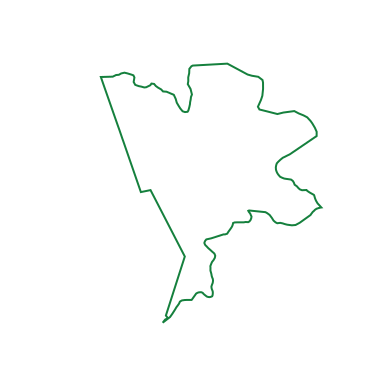 Nola, Sangha-Mbaéré, Central African Republic, rotated 21°
{"feature_id": "33826404B1885733015759", "entity_name": "Nola", "entity_type": "district", "adm_level": 2, "iso_a3": "CAF", "parent_name": "Central African Republic", "parent_adm1": "Sangha-Mbaéré", "projection": "mercator", "projection_center": [16.137, 3.336], "detail": "fine", "context": "isolated", "style": "outline", "palette": "green", "viewbox_px": 384, "rotation_deg": 21, "n_neighbors": 0, "source": "geoboundaries", "source_scale": "gbopen_adm2", "svg_char_len": 3058}
<svg xmlns="http://www.w3.org/2000/svg" viewBox="0 0 384 384"><g transform="rotate(21 192 192)"><path d="M258.5,79.8L248.8,85.1L243.8,88.6L231.9,90.0L225.4,90.8L223.0,88.8L223.4,81.5L223.2,77.0L221.4,70.3L219.1,64.4L217.7,62.2L212.6,60.7L206.3,62.0L201.8,62.4L197.9,61.9L179.0,59.5L147.4,73.7L146.4,74.8L145.4,78.0L146.8,82.1L147.4,86.3L148.8,89.8L149.1,91.2L149.4,92.8L153.7,96.3L157.0,101.0L157.0,103.7L157.6,106.0L158.1,109.0L158.6,110.6L159.1,113.9L159.4,117.3L159.1,118.7L156.8,119.9L154.3,120.0L151.1,118.2L148.7,116.4L145.8,114.1L143.4,110.9L140.2,107.8L132.3,107.5L128.9,108.5L126.5,107.3L122.8,106.7L120.2,106.0L117.9,104.7L115.3,105.3L114.8,107.3L111.7,110.6L110.0,111.5L106.8,111.8L104.6,112.2L102.4,112.3L100.6,112.3L98.1,110.2L97.2,105.7L95.5,104.1L93.9,104.1L89.3,104.4L86.2,104.8L83.4,106.7L81.7,108.8L79.2,110.0L76.7,112.7L65.7,117.3L71.0,123.6L98.8,156.4L102.4,160.6L108.0,167.3L109.8,169.4L144.3,210.4L152.6,205.1L159.7,211.4L208.4,254.8L211.9,316.7L214.4,318.2L214.6,318.3L214.0,319.3L213.2,320.1L212.8,320.5L212.6,320.8L211.5,324.5L216.3,316.6L217.3,312.7L218.3,307.8L218.7,305.3L219.4,302.9L219.9,300.9L220.0,298.7L221.2,297.1L221.7,296.7L224.2,295.3L230.3,292.9L230.4,292.7L232.3,285.3L233.2,284.2L234.1,283.4L235.6,282.6L236.9,282.2L238.3,282.4L239.1,282.9L240.4,283.4L242.0,283.9L243.4,284.3L244.8,284.2L246.2,283.8L247.2,283.1L248.2,282.1L248.2,280.9L247.7,279.0L247.2,277.8L246.5,276.8L245.5,275.8L244.7,274.7L244.0,273.3L243.9,271.8L243.9,270.6L243.9,269.4L243.6,268.0L243.3,267.0L242.5,265.6L241.6,264.7L240.6,263.5L239.4,261.5L237.4,258.8L236.9,257.5L236.4,256.1L235.7,254.6L235.7,251.6L235.8,250.0L236.5,247.9L236.9,245.3L236.7,244.0L236.5,243.1L235.0,241.5L233.8,241.0L232.3,240.5L231.1,240.0L229.3,239.3L227.6,238.7L226.5,238.2L224.9,237.4L223.6,236.9L222.1,235.6L221.7,234.7L221.8,232.8L222.4,231.1L226.5,228.4L236.6,220.3L238.1,219.7L239.8,218.3L240.2,216.2L240.6,214.7L241.0,213.2L241.6,210.8L241.8,209.0L241.7,207.5L241.5,206.2L242.9,205.0L251.3,201.7L252.8,200.8L255.3,200.0L256.2,198.8L256.7,197.1L256.7,195.1L256.3,193.5L255.2,192.5L254.1,191.3L252.2,190.2L251.3,189.4L251.9,188.8L267.8,184.5L269.8,184.8L272.7,185.6L275.9,187.6L278.4,189.5L280.9,190.4L282.8,190.6L285.4,189.2L287.9,188.8L290.1,188.7L292.6,188.4L297.2,187.3L300.5,185.7L303.6,182.1L310.9,171.0L311.0,170.4L311.3,169.3L311.6,168.3L311.9,167.2L312.4,166.4L312.8,165.5L313.2,164.5L313.8,163.7L314.3,162.9L314.8,162.6L315.1,162.4L315.8,161.7L316.6,161.2L317.4,160.6L318.3,160.1L313.3,157.6L310.8,155.6L309.2,153.9L307.3,151.4L306.8,151.0L302.6,150.4L301.1,150.1L299.1,149.6L298.2,149.1L294.1,150.9L291.7,150.9L289.7,150.1L287.9,149.1L285.2,148.4L283.7,146.7L282.1,145.5L280.0,144.9L276.9,145.6L275.2,146.0L273.3,146.4L271.2,146.4L268.8,146.2L266.4,144.9L265.1,144.0L263.7,142.7L262.4,141.1L261.4,138.9L261.0,136.8L260.9,134.9L261.7,132.8L263.0,130.1L264.5,127.5L266.3,125.6L267.8,123.9L269.7,121.9L288.3,95.1L286.8,91.1L283.7,88.0L279.8,84.9L277.4,83.3L272.8,81.0L268.7,80.5L263.5,80.4L258.5,79.8Z" fill="none" stroke="#15803d" stroke-width="2"/></g></svg>